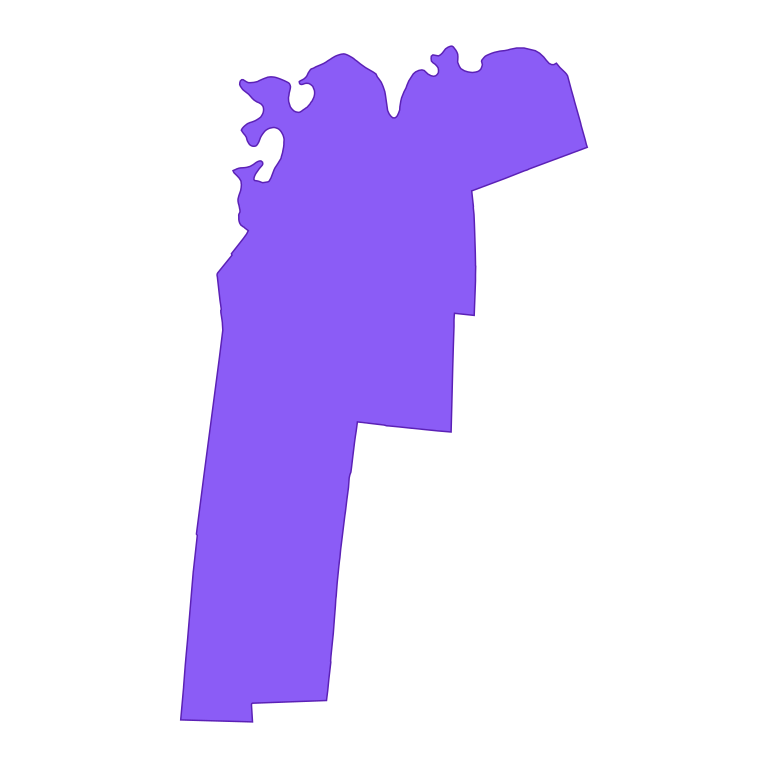 the district of Marculesti, Ialomita, Romania
{"feature_id": "2599482B62115635478960", "entity_name": "Marculesti", "entity_type": "district", "adm_level": 2, "iso_a3": "ROU", "parent_name": "Romania", "parent_adm1": "Ialomita", "projection": "equal_earth", "projection_center": [27.519, 44.55], "detail": "fine", "context": "isolated", "style": "filled", "palette": "violet", "viewbox_px": 768, "rotation_deg": 0, "n_neighbors": 0, "source": "geoboundaries", "source_scale": "gbopen_adm2", "svg_char_len": 5927}
<svg xmlns="http://www.w3.org/2000/svg" viewBox="0 0 768 768"><path d="M474.2,315.4L475.5,280.9L475.5,274.6L475.7,266.0L475.5,265.8L475.5,263.1L475.3,252.7L474.7,233.0L474.4,224.0L474.0,214.5L473.3,207.7L473.4,206.5L471.7,190.9L504.9,178.5L524.4,170.8L527.3,169.9L529.3,168.9L587.3,147.3L586.4,144.6L585.0,139.1L581.2,125.7L580.6,123.0L578.6,115.8L574.6,101.8L573.6,97.9L571.4,90.2L567.6,75.9L566.5,74.1L565.1,72.5L559.9,67.5L556.4,63.2L553.9,64.6L551.6,64.6L549.1,63.4L546.3,60.3L543.7,57.0L539.6,53.2L535.3,50.7L524.0,48.0L516.7,48.0L510.2,49.3L507.8,50.0L504.7,50.6L500.0,51.1L494.3,52.4L491.6,53.3L489.4,54.2L486.9,55.3L485.3,56.2L484.0,57.5L481.8,60.2L481.5,61.2L481.8,62.2L482.4,64.8L481.7,67.1L480.9,69.0L479.6,70.4L478.4,71.2L477.4,71.6L475.5,72.1L472.5,72.5L470.5,72.3L467.9,71.9L464.4,70.8L460.9,68.7L460.0,67.4L459.0,65.6L457.6,62.1L457.8,59.4L457.9,56.8L457.7,54.2L457.0,52.3L455.9,50.3L453.3,46.9L451.9,46.1L450.3,46.3L448.0,47.2L445.5,48.9L443.6,51.4L442.4,53.0L440.5,54.8L438.5,55.9L435.7,55.4L432.9,54.9L431.3,56.2L431.1,58.5L431.4,61.0L432.8,62.6L435.2,64.3L436.8,66.0L438.1,67.8L438.5,70.2L438.4,72.6L437.3,74.4L435.7,75.8L433.6,76.3L431.0,75.7L428.0,74.1L424.2,70.5L421.9,69.9L418.9,70.4L415.6,71.9L413.3,73.9L412.0,75.9L408.8,80.9L407.1,84.9L406.0,88.0L404.0,91.8L401.6,97.8L400.8,101.1L399.9,106.7L399.7,110.0L398.5,113.2L397.4,115.6L396.4,116.9L394.9,117.9L392.7,117.8L390.7,116.0L389.1,113.8L388.1,111.6L387.6,110.4L385.4,94.9L384.8,91.6L383.3,87.1L382.5,85.1L381.2,82.2L379.1,79.2L377.3,76.9L376.0,74.0L373.3,72.1L365.5,67.6L360.2,63.8L356.9,61.1L355.3,60.0L353.6,58.5L351.9,57.4L348.7,55.6L347.0,54.8L345.4,54.2L343.9,53.9L341.9,54.1L340.4,54.4L338.8,54.9L337.3,55.4L335.8,56.0L334.6,56.6L333.4,57.3L331.9,58.2L330.6,59.1L328.0,60.7L326.0,62.1L323.8,63.4L320.7,64.8L315.9,66.8L313.4,68.2L311.9,68.7L311.0,69.1L310.4,69.7L309.3,71.3L308.2,73.0L307.4,74.8L306.8,76.0L305.6,77.5L303.7,79.1L300.4,80.8L299.6,81.3L299.2,81.7L299.5,83.2L300.1,84.1L301.2,84.5L302.7,84.3L304.9,83.5L306.1,83.3L307.2,83.3L308.9,83.5L310.5,84.4L311.5,85.2L312.8,86.4L313.3,87.7L314.3,90.1L314.5,91.1L314.6,92.3L314.6,93.8L314.4,95.2L314.0,96.9L313.4,98.3L312.1,101.0L311.0,102.3L310.0,104.0L308.3,105.9L307.3,107.1L305.9,108.0L304.6,109.0L303.3,109.8L302.4,110.5L301.5,111.2L300.5,111.8L299.8,112.1L298.9,112.4L297.4,112.2L295.6,111.8L293.9,110.9L292.5,109.6L291.5,108.5L290.3,106.8L289.5,104.3L288.7,101.7L288.5,99.0L288.5,97.3L288.9,95.4L289.2,93.0L289.9,90.3L290.3,88.4L290.5,86.8L290.2,85.4L289.4,83.6L288.5,82.8L287.4,82.2L284.6,80.8L282.0,79.7L279.8,78.8L278.1,78.2L276.3,77.6L274.7,77.2L273.2,77.0L271.7,76.9L270.2,76.9L267.7,77.2L266.4,77.7L264.7,78.3L262.7,79.1L258.9,80.8L257.7,81.5L255.7,82.0L253.8,82.4L250.0,82.7L248.1,82.6L246.3,81.7L243.1,79.7L241.7,79.7L240.3,81.0L239.8,82.8L239.7,84.6L240.5,86.4L241.9,88.4L242.7,89.5L244.1,90.7L248.6,94.2L250.4,96.2L252.2,98.3L254.1,100.1L256.9,101.9L258.9,102.7L261.2,104.1L262.3,105.4L263.1,106.5L263.4,107.9L263.6,109.3L263.5,110.9L263.2,112.5L262.6,114.0L261.7,115.6L260.7,117.1L259.4,118.1L258.4,118.8L256.5,120.0L255.0,120.8L253.3,121.5L251.3,122.2L249.9,122.6L247.4,123.7L245.1,125.5L244.0,126.5L243.4,127.1L242.2,128.5L241.3,130.2L242.6,132.2L243.7,133.7L245.1,135.3L246.4,137.4L246.9,139.5L247.4,141.0L248.4,142.8L249.5,144.5L250.7,145.4L252.2,146.1L254.0,146.3L255.7,146.0L256.6,145.4L257.6,144.1L258.9,141.8L260.5,137.5L261.3,136.0L262.4,134.3L263.6,132.7L264.7,131.3L266.2,130.0L267.5,129.2L268.9,128.5L270.1,128.1L271.6,127.8L273.1,127.5L274.5,127.5L276.1,127.9L277.7,128.5L279.0,129.3L280.1,130.4L280.8,131.2L281.7,132.6L282.9,134.8L283.6,136.9L283.9,138.1L284.1,139.6L283.9,142.4L283.9,144.4L283.6,147.1L283.2,149.1L282.5,152.9L281.4,156.5L281.0,158.4L279.6,160.7L277.9,163.5L276.2,166.1L275.1,167.7L274.1,169.7L271.0,177.9L270.0,179.6L269.3,181.0L267.9,181.9L262.7,182.7L260.9,182.1L259.5,181.5L257.7,181.0L255.8,180.7L254.6,180.5L253.9,179.5L254.0,178.0L254.5,176.3L255.4,174.3L256.2,173.0L257.2,171.6L258.1,170.3L259.0,169.0L260.1,167.7L262.1,165.4L262.6,164.6L262.8,163.8L262.7,163.0L262.5,162.1L262.0,161.8L261.3,161.1L260.4,160.9L259.4,161.0L258.2,161.4L257.1,161.9L255.5,162.9L254.5,163.7L253.1,164.7L252.2,165.2L250.1,166.4L246.9,167.3L245.0,167.6L242.6,167.8L240.6,167.9L238.9,168.2L236.8,168.9L235.6,169.5L233.0,170.6L233.4,171.6L234.1,172.9L236.9,175.6L239.1,178.0L240.3,179.9L240.9,180.9L241.1,182.0L241.2,183.3L241.4,184.6L241.3,185.8L241.2,187.4L240.7,190.3L240.1,192.2L239.5,193.8L238.8,195.9L238.0,199.1L238.0,201.1L238.4,203.4L239.0,205.4L239.4,207.4L239.6,208.6L239.9,209.7L240.0,211.5L239.8,212.5L239.1,213.7L238.8,214.6L238.7,215.4L238.8,216.6L238.8,218.3L238.8,219.3L239.0,220.8L239.6,222.9L240.8,225.0L243.2,226.8L244.2,227.3L244.8,228.0L248.3,230.7L246.6,234.0L243.1,238.8L234.7,249.5L231.4,253.7L232.0,255.2L217.7,272.9L217.3,273.7L217.1,274.2L217.1,275.9L217.3,276.4L220.0,300.5L220.5,303.8L221.3,309.4L220.8,310.3L220.9,312.7L222.0,319.8L222.4,322.9L222.4,323.8L222.8,330.2L219.4,357.7L203.8,476.4L200.1,505.3L196.4,534.1L197.3,535.4L193.4,570.7L193.3,571.2L187.5,640.5L186.2,654.6L185.3,664.7L183.6,686.8L183.6,687.3L180.7,719.9L198.3,720.4L252.5,721.9L251.5,705.4L251.5,704.6L251.6,704.2L251.7,703.7L252.3,703.2L326.5,700.5L326.8,697.9L327.7,690.8L328.9,678.7L330.7,663.2L330.8,662.2L330.8,661.7L330.6,661.3L330.9,656.8L332.4,642.1L333.3,633.4L334.5,617.4L335.4,606.0L335.8,599.1L336.2,596.0L336.6,590.3L337.2,582.7L338.9,565.8L339.5,560.5L339.9,557.7L340.7,549.1L341.2,545.2L344.8,515.9L345.5,511.1L346.8,500.1L348.5,487.4L349.0,480.6L349.2,477.9L349.9,474.7L350.9,472.1L351.5,467.6L352.9,455.7L353.6,450.0L354.5,442.6L355.3,436.7L356.2,431.0L357.4,421.9L383.8,425.0L385.1,425.3L386.2,425.7L386.9,425.8L388.7,425.9L399.1,426.9L409.4,428.0L437.9,430.9L451.1,432.0L451.4,420.5L451.8,405.2L452.7,368.6L453.3,347.6L454.0,326.3L454.0,319.8L454.3,315.0L454.5,313.3L474.2,315.4Z" fill="#8b5cf6" stroke="#5b21b6" stroke-width="1.5"/></svg>